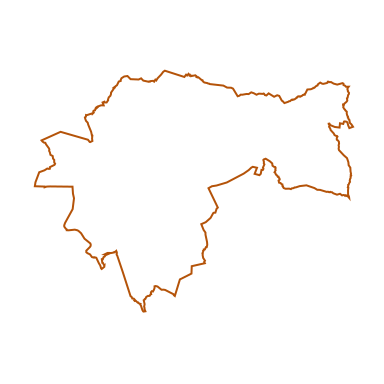 Chapantongo, Hidalgo, Mexico, rotated 6°
{"feature_id": "50627088B87076306063462", "entity_name": "Chapantongo", "entity_type": "district", "adm_level": 2, "iso_a3": "MEX", "parent_name": "Mexico", "parent_adm1": "Hidalgo", "projection": "mercator", "projection_center": [-99.438, 20.245], "detail": "fine", "context": "isolated", "style": "outline", "palette": "amber", "viewbox_px": 384, "rotation_deg": 6, "n_neighbors": 0, "source": "geoboundaries", "source_scale": "gbopen_adm2", "svg_char_len": 5924}
<svg xmlns="http://www.w3.org/2000/svg" viewBox="0 0 384 384"><g transform="rotate(6 192 192)"><path d="M141.8,302.1L142.8,302.5L143.8,304.2L145.1,304.1L145.7,304.5L147.0,305.8L146.2,306.1L146.5,306.4L147.5,306.1L149.6,307.7L150.0,307.5L150.8,308.3L152.5,308.7L152.3,309.4L153.1,310.3L154.9,314.4L155.9,315.8L156.3,316.0L158.1,315.5L156.9,313.2L157.0,312.5L156.4,311.0L156.6,308.5L155.3,304.7L156.1,304.0L156.2,303.4L156.8,303.2L157.5,301.1L159.1,299.9L160.1,299.9L160.9,299.5L161.3,298.3L162.1,297.9L161.6,296.5L161.9,295.5L162.5,294.8L163.5,295.1L164.3,293.4L164.8,291.3L164.6,289.7L165.7,289.3L167.6,289.6L171.9,292.4L173.9,292.1L175.5,292.2L184.3,295.6L184.7,296.5L185.8,297.2L189.1,280.2L200.0,273.2L199.5,265.8L212.2,261.5L211.4,260.3L212.1,259.0L210.0,256.4L209.1,253.4L209.2,252.3L208.8,251.9L209.4,249.9L209.2,249.2L209.9,248.5L209.8,247.9L210.8,247.7L211.6,245.4L212.4,245.3L212.7,243.0L212.2,240.2L209.9,233.1L209.6,230.9L207.5,228.5L204.6,223.0L208.8,220.6L213.2,215.8L215.3,210.8L215.7,210.4L217.4,210.1L218.2,206.1L219.3,204.8L208.0,186.5L211.2,184.2L215.7,183.0L225.6,178.9L241.5,168.3L246.1,164.3L248.4,161.6L249.8,160.6L254.1,161.1L252.4,167.4L257.3,168.2L258.5,166.7L258.8,162.7L260.1,162.7L260.5,161.9L260.6,161.4L260.0,160.4L261.1,156.9L260.4,156.0L260.4,154.6L259.6,152.7L260.0,152.1L261.8,151.2L266.2,153.3L268.8,155.2L269.3,157.4L271.0,158.4L272.2,158.5L272.7,159.4L272.4,160.5L272.9,161.6L272.0,163.8L273.0,164.5L273.6,165.9L274.7,166.5L275.7,167.9L276.4,167.7L277.1,169.0L277.6,169.4L277.9,170.5L276.9,171.5L277.6,173.6L279.1,173.8L280.3,174.9L281.1,175.0L281.4,176.7L282.0,176.9L282.0,177.5L282.8,178.5L284.7,179.0L288.3,178.5L290.1,178.8L290.8,178.0L292.7,177.5L293.4,176.8L294.7,176.6L298.5,174.9L305.1,173.4L313.4,175.3L316.3,176.7L319.1,176.5L325.9,177.8L327.2,177.5L328.5,177.9L329.5,177.4L330.0,177.7L331.3,177.6L332.6,178.5L336.5,179.5L339.4,178.3L341.6,179.7L342.7,179.2L343.7,179.2L344.6,179.8L345.0,179.2L346.0,179.3L346.3,179.8L347.6,180.1L348.9,181.4L348.6,180.2L347.5,178.3L347.0,174.0L347.0,171.3L346.5,171.1L346.8,169.3L346.5,168.7L347.1,168.0L347.4,166.7L348.1,165.4L347.7,164.4L347.8,162.7L348.3,161.4L348.1,160.1L348.6,159.1L348.0,158.5L348.3,157.5L347.5,154.9L346.9,151.2L345.0,149.0L344.4,146.0L342.6,142.1L339.1,139.6L333.8,135.0L333.3,133.6L333.4,131.7L332.9,130.2L333.2,128.6L332.8,126.6L331.8,125.5L330.6,124.9L330.4,124.2L330.4,122.9L330.9,121.7L330.3,121.1L329.3,121.1L327.8,120.5L326.9,119.0L323.4,115.9L322.8,114.4L321.5,112.8L322.1,111.3L321.0,110.5L320.8,109.8L321.5,109.6L322.5,111.0L327.2,112.4L332.0,112.5L332.0,108.2L335.3,108.5L335.8,106.1L336.6,105.8L338.5,106.0L339.2,106.5L340.5,109.7L341.8,112.0L345.3,110.3L343.5,108.1L341.8,106.8L341.0,103.9L340.3,103.5L339.9,102.3L339.2,101.8L339.2,100.6L338.5,100.0L337.7,97.9L337.5,95.9L335.9,94.8L335.7,94.2L334.6,93.4L333.5,91.8L333.9,89.7L333.1,89.6L333.1,89.1L334.0,89.0L334.3,88.2L336.2,86.2L336.9,84.9L336.3,82.6L336.9,82.0L337.1,79.3L337.7,78.3L337.8,77.1L336.5,75.6L336.4,74.6L335.9,74.0L335.8,72.7L336.8,70.9L334.1,71.2L333.1,70.3L331.5,69.8L331.3,68.4L330.3,68.0L325.2,70.0L321.5,69.4L318.7,68.1L317.6,68.4L315.9,68.0L315.5,68.1L315.4,69.1L314.8,69.5L311.4,70.7L310.2,70.7L308.1,69.8L306.1,71.6L305.6,72.6L305.7,72.9L304.1,73.9L302.8,75.6L301.8,75.7L301.5,76.3L299.4,77.4L296.0,78.0L294.4,82.3L293.8,82.7L294.0,83.4L292.0,84.0L291.5,84.7L289.8,85.8L289.7,85.5L287.5,85.8L286.4,86.9L286.6,87.1L284.3,89.1L282.7,89.8L282.6,89.5L281.5,89.8L280.0,91.4L279.0,91.6L278.3,92.2L274.6,93.9L272.6,92.1L271.8,91.8L268.7,87.3L266.6,86.9L263.7,88.7L257.9,85.9L255.9,88.2L254.4,88.0L253.3,86.7L252.8,86.6L252.3,87.0L248.2,87.2L246.0,88.5L243.1,87.3L240.5,86.7L238.1,88.7L236.0,88.8L231.8,90.0L230.2,90.1L229.1,91.3L227.4,92.0L222.0,84.9L220.0,84.2L216.0,84.5L212.1,82.9L198.3,82.8L197.6,82.4L196.8,82.5L196.0,82.1L192.8,81.8L191.5,81.0L190.9,80.0L190.7,80.2L186.9,77.6L185.9,77.1L185.5,77.5L184.3,77.2L184.2,76.3L183.1,75.6L179.2,76.8L179.2,76.4L177.8,76.6L177.9,75.9L177.5,75.4L176.7,75.5L176.2,75.0L175.8,76.0L175.4,76.3L175.0,76.1L174.8,76.6L173.8,76.0L172.4,78.4L152.3,74.2L150.8,75.5L149.0,78.5L145.9,82.5L144.8,84.8L143.8,84.1L142.8,86.2L141.7,85.5L139.0,86.1L138.6,86.7L137.8,86.5L137.4,86.9L131.9,86.3L129.5,84.3L127.2,85.7L119.1,86.2L115.7,83.4L112.5,84.2L110.0,86.2L109.4,87.9L109.5,89.0L107.6,89.8L106.2,93.7L105.0,94.7L104.3,96.1L103.9,95.8L103.1,96.6L103.6,96.8L103.0,98.2L101.1,101.6L101.2,103.0L100.8,104.8L99.3,106.6L98.8,108.9L99.0,109.5L97.7,111.9L95.5,112.1L95.3,111.4L93.7,112.3L95.1,115.1L92.5,115.3L89.6,116.7L89.7,117.1L88.7,118.2L88.5,117.4L88.0,117.8L87.4,118.7L87.0,120.9L85.9,121.3L85.5,121.7L85.4,122.4L86.0,123.3L84.8,124.7L84.6,124.2L79.3,126.6L78.6,126.5L78.6,128.2L77.7,129.0L78.2,130.4L79.2,132.4L81.0,133.9L81.7,135.8L85.4,142.7L86.4,145.8L86.5,145.6L87.0,146.1L87.0,149.2L87.6,151.7L85.5,153.0L85.0,152.9L83.1,150.9L55.0,145.9L37.0,156.4L38.1,157.5L39.8,158.4L41.0,158.4L41.8,159.8L45.2,163.6L45.7,164.7L45.6,166.0L46.5,167.4L47.3,169.8L49.7,170.8L50.3,173.3L51.6,174.5L51.9,177.0L52.9,178.2L52.4,179.4L48.1,182.1L48.2,183.7L47.3,184.0L45.6,183.8L43.1,185.8L38.0,188.3L35.3,198.7L35.1,202.7L44.8,202.0L44.9,202.7L46.9,201.8L50.2,201.3L72.6,199.2L73.8,206.1L75.3,210.6L75.1,221.5L69.0,236.0L68.4,238.5L68.6,239.8L70.4,241.8L71.3,242.3L71.4,243.1L73.3,243.0L79.4,241.7L82.2,242.1L83.4,242.7L86.0,244.6L90.0,249.7L96.3,253.8L96.8,255.0L96.8,256.2L96.3,257.3L93.0,261.4L93.2,263.0L94.5,263.8L97.1,264.7L99.3,267.2L100.5,267.4L101.3,267.1L101.6,267.5L102.6,267.2L103.7,267.4L106.9,272.7L108.4,274.6L109.6,277.5L110.2,278.0L112.6,275.6L112.6,274.1L112.4,274.3L110.8,271.8L110.2,271.8L109.3,268.2L109.8,267.8L110.4,268.0L110.9,265.9L111.8,265.4L112.6,263.9L114.0,263.1L111.7,263.1L114.4,261.4L118.1,261.1L121.0,260.2L121.0,259.8L121.9,259.5L122.8,258.5L123.5,260.1L122.9,260.3L123.5,260.2L123.6,262.2L124.3,263.1L131.5,278.8L141.8,302.1Z" fill="none" stroke="#b45309" stroke-width="2"/></g></svg>